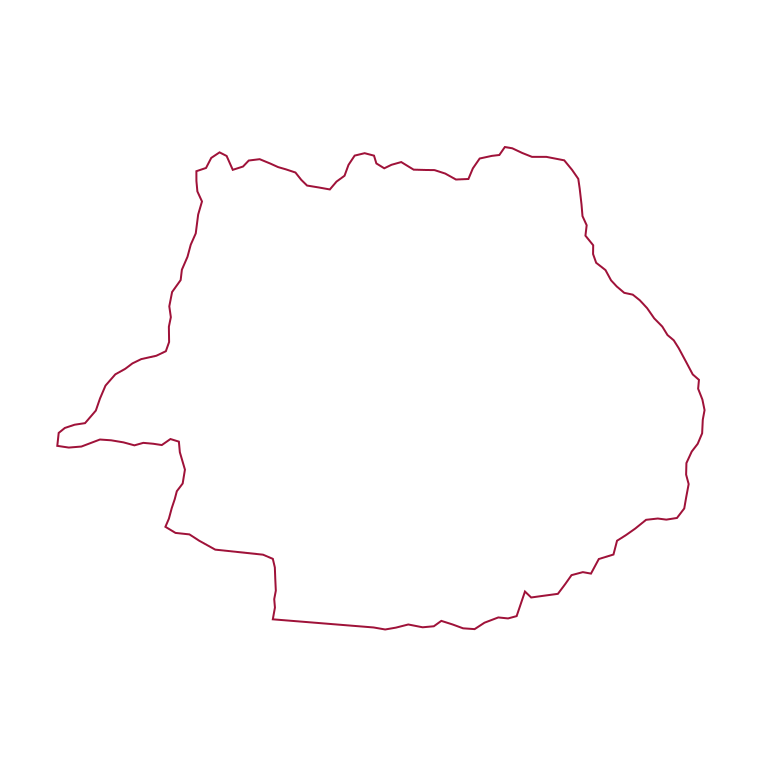 the district of Alto Alegre, São Paulo, Brazil, rotated 184°
{"feature_id": "56859067B22861032704344", "entity_name": "Alto Alegre", "entity_type": "district", "adm_level": 2, "iso_a3": "BRA", "parent_name": "Brazil", "parent_adm1": "São Paulo", "projection": "albers", "projection_center": [-50.184, -21.614], "detail": "fine", "context": "isolated", "style": "outline", "palette": "rose", "viewbox_px": 768, "rotation_deg": 184, "n_neighbors": 0, "source": "geoboundaries", "source_scale": "gbopen_adm2", "svg_char_len": 2199}
<svg xmlns="http://www.w3.org/2000/svg" viewBox="0 0 768 768"><g transform="rotate(184 384 384)"><path d="M705.6,299.5L694.0,298.6L681.5,300.5L663.5,308.8L652.2,308.8L639.8,307.6L628.7,305.4L620.0,308.5L610.1,308.3L601.4,307.6L593.2,314.2L584.6,312.2L582.9,301.7L576.6,284.7L577.9,270.7L583.2,262.6L584.7,254.6L587.1,245.3L589.2,234.6L592.1,226.3L581.6,220.9L567.6,220.4L557.3,214.7L540.8,207.0L492.8,205.3L482.7,201.8L480.1,193.4L478.8,181.4L477.5,170.3L478.5,161.7L477.2,153.4L478.5,141.5L377.3,140.4L365.7,139.2L355.1,141.8L343.0,145.8L328.5,144.0L317.4,145.8L310.3,151.7L298.8,148.9L288.1,145.8L276.5,145.8L267.1,152.9L253.7,159.1L243.9,158.8L235.5,161.7L228.9,186.8L222.3,181.3L210.9,183.7L195.9,186.8L189.3,197.0L183.6,206.4L172.5,210.2L164.3,209.3L157.5,224.4L143.2,229.9L140.6,243.9L131.9,250.3L123.3,257.3L113.1,266.8L101.5,268.9L92.9,268.4L82.4,270.8L75.8,280.8L74.7,291.6L73.1,305.4L76.3,314.7L76.8,326.2L72.3,338.1L66.9,346.2L63.2,357.0L63.5,370.6L62.4,380.3L65.3,390.7L70.3,401.2L70.1,410.1L76.7,415.1L83.8,426.5L92.5,440.3L98.0,447.8L104.6,452.6L110.4,460.7L119.0,468.3L126.8,478.0L134.7,485.4L142.1,490.5L150.7,491.7L158.6,497.5L164.7,503.2L171.0,513.1L180.8,519.7L184.5,528.2L185.0,537.0L193.4,546.0L192.9,556.5L197.7,565.3L199.5,576.9L202.4,592.5L204.5,602.2L211.4,610.8L219.8,619.7L237.8,621.9L252.2,620.9L262.2,624.1L272.5,628.1L280.0,628.8L284.9,620.5L292.3,619.1L304.3,615.6L310.4,605.3L314.1,594.4L326.5,593.0L337.6,598.2L348.5,600.9L357.5,600.4L369.4,599.9L382.3,606.6L391.8,603.2L398.8,599.2L407.0,603.5L409.9,611.1L419.4,612.9L429.2,609.8L434.7,600.1L437.9,589.0L445.5,582.6L451.6,574.3L462.7,575.5L474.6,576.6L480.8,581.9L487.1,588.8L496.9,591.3L504.8,593.0L512.6,595.9L523.7,599.6L534.5,597.5L539.8,591.1L549.8,587.1L556.9,600.5L564.2,603.6L572.1,597.5L576.6,587.1L586.0,583.2L585.3,573.5L583.6,563.1L578.3,553.4L581.2,540.1L582.3,521.1L586.5,509.5L588.9,497.2L593.6,483.9L594.1,473.5L601.8,461.0L603.6,446.5L601.3,435.8L602.6,426.1L601.3,410.9L603.9,401.5L613.1,396.3L627.9,391.9L636.4,387.0L643.2,381.1L652.7,374.9L661.7,363.0L666.3,349.7L669.6,337.4L679.5,324.1L689.8,321.8L699.3,317.9L705.1,312.5L705.6,299.5Z" fill="none" stroke="#9f1239" stroke-width="2"/></g></svg>